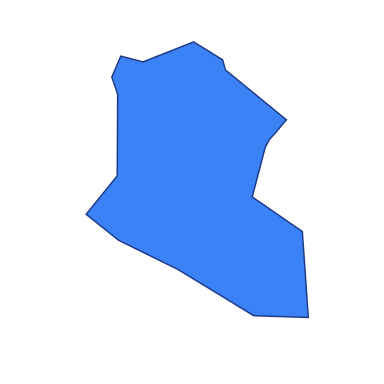 outline of Itaueira, Piauí, Brazil, rotated 257°
{"feature_id": "56859067B67245959510015", "entity_name": "Itaueira", "entity_type": "district", "adm_level": 2, "iso_a3": "BRA", "parent_name": "Brazil", "parent_adm1": "Piauí", "projection": "albers", "projection_center": [-43.096, -7.478], "detail": "fine", "context": "isolated", "style": "filled", "palette": "blue", "viewbox_px": 384, "rotation_deg": 257, "n_neighbors": 0, "source": "geoboundaries", "source_scale": "gbopen_adm2", "svg_char_len": 633}
<svg xmlns="http://www.w3.org/2000/svg" viewBox="0 0 384 384"><g transform="rotate(257 192 192)"><path d="M128.7,290.6L136.0,283.9L166.2,256.4L169.1,253.7L173.7,249.6L201.7,264.3L206.7,266.9L219.4,273.6L221.2,275.3L225.2,278.6L228.7,283.5L230.4,286.1L237.6,295.4L241.1,300.2L269.2,278.5L286.5,265.1L303.4,252.0L313.9,251.6L337.9,227.3L329.8,173.4L331.1,171.0L332.5,168.2L340.4,153.2L322.0,139.7L304.1,141.6L299.0,140.4L242.0,126.9L240.1,126.5L224.5,122.7L203.2,95.5L194.1,83.8L161.4,109.7L119.8,160.7L80.0,201.5L57.7,224.1L54.9,234.5L43.6,277.1L102.2,286.4L128.7,290.6Z" fill="#3b82f6" stroke="#1e3a8a" stroke-width="1.5"/></g></svg>